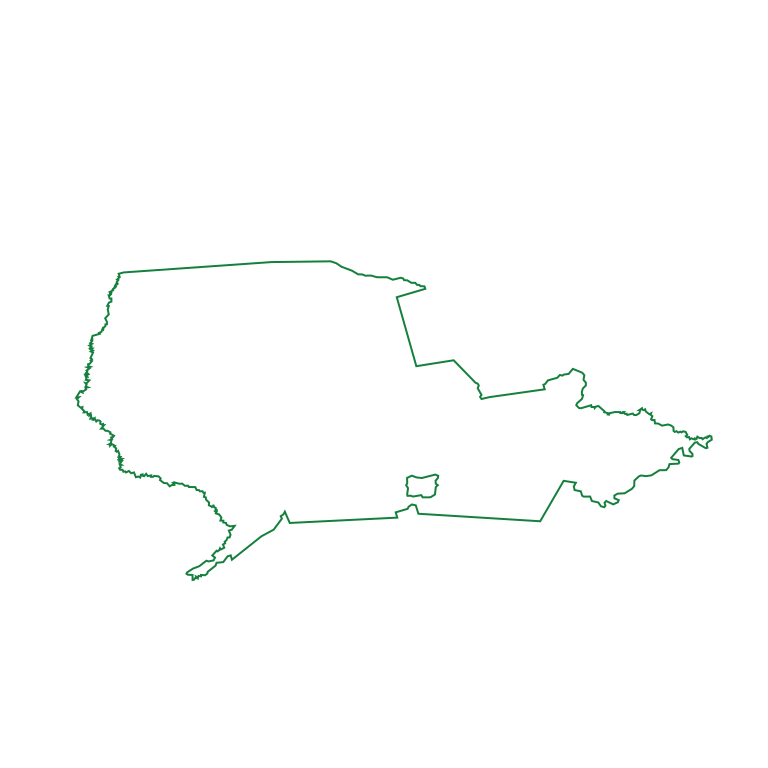 Corumbá, Mato Grosso do Sul, Brazil (Equal Earth projection), rotated 254°
{"feature_id": "56859067B41518599225549", "entity_name": "Corumbá", "entity_type": "district", "adm_level": 2, "iso_a3": "BRA", "parent_name": "Brazil", "parent_adm1": "Mato Grosso do Sul", "projection": "equal_earth", "projection_center": [-56.958, -19.058], "detail": "fine", "context": "isolated", "style": "outline", "palette": "green", "viewbox_px": 768, "rotation_deg": 254, "n_neighbors": 0, "source": "geoboundaries", "source_scale": "gbopen_adm2", "svg_char_len": 6129}
<svg xmlns="http://www.w3.org/2000/svg" viewBox="0 0 768 768"><g transform="rotate(254 384 384)"><path d="M532.2,309.5L563.0,164.5L563.1,159.3L559.9,159.4L560.1,158.4L559.2,158.6L558.0,156.2L557.1,157.2L555.7,155.2L553.7,155.6L553.3,154.7L554.1,154.2L552.4,152.3L551.7,153.0L551.3,152.2L551.2,153.1L549.7,149.3L548.8,149.4L548.1,146.2L547.4,147.3L545.7,146.5L546.3,145.5L544.9,145.1L545.2,143.8L541.8,143.8L541.3,145.5L538.4,144.7L538.1,142.1L535.4,139.5L534.7,140.9L531.9,139.0L526.8,138.6L524.0,134.1L520.2,134.8L517.8,134.1L518.1,132.7L516.3,132.0L515.6,130.1L513.9,129.2L514.8,128.8L511.9,126.6L511.7,124.2L510.6,124.6L510.6,117.1L507.2,114.9L507.2,115.9L505.8,115.4L504.3,112.9L503.1,114.4L502.2,111.4L500.8,113.2L499.6,111.4L498.7,113.3L498.2,111.5L496.5,113.4L496.0,111.2L494.5,113.0L489.9,109.0L488.3,110.1L487.4,108.6L486.5,109.6L484.5,106.5L484.5,104.9L482.6,104.8L481.7,106.1L481.9,103.3L480.3,105.3L479.0,101.9L478.2,102.4L476.3,100.2L476.2,101.9L474.9,102.7L474.4,100.8L473.0,100.9L474.5,99.3L471.3,99.5L470.2,98.5L468.7,101.7L466.6,98.2L467.2,97.2L465.3,97.9L463.8,96.6L462.5,98.3L462.8,96.0L460.9,96.2L459.9,92.8L460.4,91.7L459.0,91.8L460.7,89.8L455.9,84.5L455.4,87.1L454.2,84.6L451.5,85.6L448.0,83.8L444.7,86.0L444.9,87.7L443.1,86.9L440.6,88.4L439.5,87.5L438.8,90.8L436.1,90.7L436.6,93.4L434.9,92.3L435.1,93.8L433.5,93.5L431.6,92.2L431.4,94.5L430.3,94.2L430.8,96.2L429.6,95.5L429.5,96.7L427.3,97.1L428.1,98.6L427.2,100.5L426.0,101.2L424.1,100.2L422.9,101.5L423.0,102.8L421.6,102.3L421.5,103.4L419.1,99.8L418.5,101.9L415.8,103.4L415.2,105.4L412.9,107.7L411.7,107.0L408.7,110.2L407.8,109.2L407.8,107.0L406.1,107.5L405.8,105.5L405.3,106.7L402.2,104.9L401.8,103.0L401.1,104.3L400.3,103.9L401.2,105.9L398.7,108.4L398.2,107.2L395.9,108.8L393.5,107.6L392.5,108.5L393.0,109.9L390.7,110.2L388.8,110.2L387.1,108.7L386.5,110.5L384.6,108.0L384.1,109.2L382.9,108.6L383.5,110.3L382.6,111.3L380.1,107.9L378.7,109.2L379.0,107.9L376.4,107.9L376.0,106.2L374.3,106.7L373.6,109.0L371.5,109.3L371.4,111.0L370.1,111.6L370.7,114.8L367.9,116.4L367.9,119.3L362.8,119.8L362.7,122.5L361.3,123.9L363.8,125.3L363.6,127.1L362.4,126.7L361.5,127.9L363.2,130.6L360.6,131.5L360.3,135.0L359.0,134.4L358.4,136.3L359.0,137.7L357.4,141.8L354.8,143.3L353.4,142.2L349.5,145.1L348.4,148.1L344.7,149.8L345.4,152.4L344.7,154.7L345.9,155.1L347.2,153.9L347.4,155.1L344.5,159.7L343.9,162.5L341.0,164.6L340.2,167.7L338.8,168.0L336.9,174.2L333.7,174.7L333.0,176.9L331.6,177.4L330.9,180.0L329.2,180.4L328.9,181.8L325.1,179.8L324.2,181.4L321.8,181.1L318.3,183.2L315.7,182.2L313.6,184.6L312.9,183.9L313.5,186.0L315.0,186.6L312.4,186.8L311.2,188.1L308.8,187.1L309.0,188.4L308.1,188.4L308.1,186.7L306.9,187.5L306.0,186.7L304.0,189.6L300.5,190.9L297.8,189.1L296.9,191.9L295.3,191.3L293.9,193.9L292.0,193.9L289.6,196.8L288.8,201.3L285.9,197.5L285.9,194.5L281.3,194.9L279.1,193.3L279.6,191.3L277.2,189.5L276.3,187.4L274.7,187.4L274.1,185.0L270.6,185.3L269.9,181.5L271.3,181.1L269.6,179.6L269.0,177.8L269.9,177.1L266.5,171.7L263.8,173.7L261.4,171.6L261.8,166.4L263.1,164.6L259.8,156.3L259.2,149.5L257.2,142.9L256.1,141.8L254.7,142.9L253.2,147.3L248.4,146.0L248.2,147.2L249.7,149.4L248.7,150.9L250.3,150.6L249.1,151.8L250.6,152.8L249.6,155.1L250.9,155.4L249.5,159.3L250.5,162.0L252.0,162.6L255.8,172.0L258.3,173.7L257.1,180.4L261.5,186.2L261.5,189.4L257.0,189.4L271.4,224.2L274.4,237.8L282.7,248.7L285.4,248.3L286.4,251.4L288.6,253.5L276.4,255.1L251.9,359.9L257.4,359.9L257.5,372.3L259.2,373.8L260.5,377.6L258.6,381.1L249.8,381.3L209.0,496.3L241.4,530.0L236.2,541.2L233.2,538.2L229.5,538.0L226.6,543.6L222.0,543.7L220.7,544.9L219.0,551.1L214.2,551.6L211.0,557.4L206.7,558.8L204.9,561.8L206.0,563.3L209.1,563.3L210.3,565.3L205.1,571.2L205.9,576.3L207.7,577.6L210.6,574.0L213.3,574.7L214.2,578.4L212.6,585.2L214.9,593.4L216.9,596.4L222.2,598.1L225.0,603.7L225.2,605.9L223.2,610.5L222.5,615.9L225.2,625.1L223.4,631.5L225.4,634.5L228.3,636.3L226.3,645.2L227.1,646.2L229.8,646.0L232.3,640.5L233.9,639.7L240.2,649.3L240.4,653.1L232.7,652.5L229.5,659.7L229.7,660.7L231.8,661.2L235.4,659.3L237.5,659.6L242.0,666.7L241.7,669.1L239.9,669.6L233.6,675.6L233.6,677.3L237.6,677.6L238.9,679.2L240.1,683.7L243.3,684.2L244.6,682.4L243.7,681.3L244.4,680.4L243.1,679.4L244.1,678.1L243.1,675.0L244.6,674.5L245.1,672.4L247.0,670.7L245.1,669.3L246.0,667.8L245.0,667.4L247.0,664.5L246.5,662.8L248.9,662.6L249.2,660.6L250.7,659.7L251.5,661.5L254.9,660.7L256.1,658.3L255.5,656.7L256.5,655.7L256.2,653.5L258.0,652.2L257.8,650.3L259.1,649.4L262.5,650.3L264.9,648.6L266.8,645.9L267.3,639.9L270.5,636.5L271.4,633.7L274.8,634.1L275.3,631.9L276.4,631.0L279.1,633.1L281.1,631.8L282.2,632.6L281.8,630.7L285.4,628.1L287.7,628.0L287.3,626.5L288.1,625.3L289.6,625.3L288.6,622.4L288.4,623.2L285.5,621.4L284.6,617.9L285.3,615.8L287.0,615.0L287.2,609.3L288.5,609.1L288.8,607.4L290.4,606.3L290.8,607.0L291.2,605.8L290.3,604.8L291.1,603.1L291.9,603.3L293.4,598.1L293.8,592.8L292.5,592.0L293.0,590.9L293.8,592.0L296.2,587.9L297.0,588.4L303.7,584.1L303.9,581.4L302.8,579.9L303.9,579.9L304.7,577.1L306.5,577.3L306.4,566.6L307.2,564.8L310.6,563.0L312.2,564.2L315.2,570.3L318.4,572.3L319.1,571.3L321.9,572.0L324.9,573.9L326.9,577.6L329.8,578.4L333.0,576.9L337.2,579.0L340.3,577.6L346.5,569.7L342.8,564.3L343.5,559.3L342.9,557.8L344.2,555.5L342.2,552.3L342.3,542.5L339.6,539.0L339.3,537.0L334.6,537.0L342.3,481.9L342.7,473.6L345.1,472.8L346.7,474.7L354.1,472.9L356.4,474.7L358.5,474.2L360.0,472.3L387.6,457.5L392.2,420.0L463.9,420.2L464.1,449.9L466.7,449.8L468.1,445.9L469.5,445.3L470.2,443.1L472.7,441.9L473.8,438.1L477.2,435.0L478.3,431.9L480.1,431.6L481.5,429.4L481.8,421.2L485.7,416.5L488.6,406.6L491.8,401.5L493.3,395.8L495.2,393.5L496.6,389.3L501.8,384.4L508.4,375.5L513.2,371.5L516.6,366.6L532.2,309.5ZM269.3,378.8L270.0,375.8L271.4,375.8L277.3,378.4L280.6,377.4L282.3,379.0L287.4,380.3L288.2,385.5L285.3,389.4L283.2,394.4L282.8,408.3L280.8,410.8L278.7,409.8L276.8,406.9L273.9,406.3L271.9,407.8L270.7,405.4L263.7,402.5L262.4,397.8L262.7,395.7L264.4,389.9L266.9,389.2L267.8,380.9L269.3,378.8ZM384.1,109.2L385.1,110.0L384.4,111.4L384.3,110.7L384.1,109.2Z" fill="none" stroke="#15803d" stroke-width="2"/></g></svg>